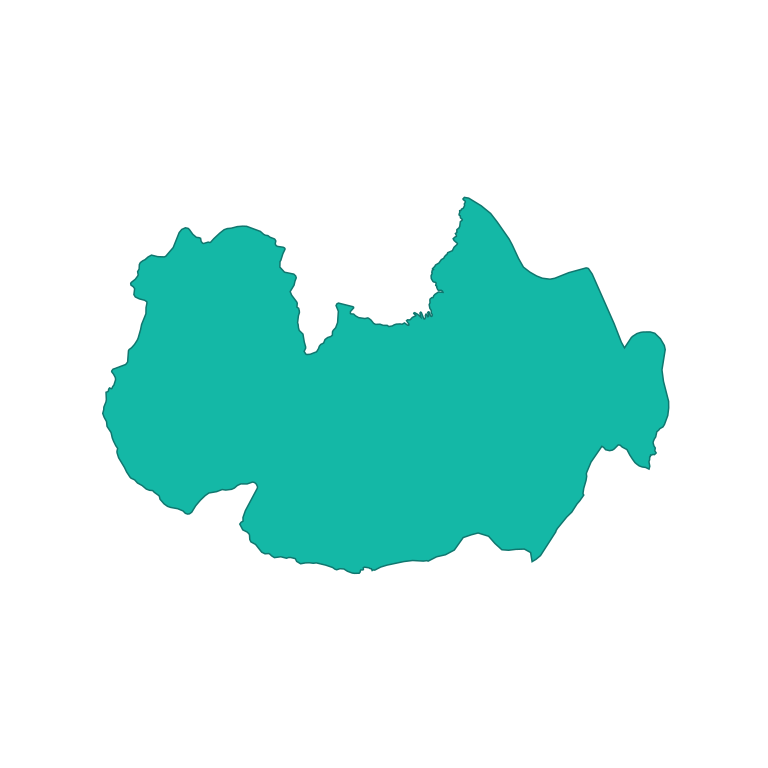 outline of Paksxong, Champasak, Laos, rotated 157°
{"feature_id": "54806243B99884801714166", "entity_name": "Paksxong", "entity_type": "district", "adm_level": 2, "iso_a3": "LAO", "parent_name": "Laos", "parent_adm1": "Champasak", "projection": "orthographic", "projection_center": [106.383, 15.076], "detail": "fine", "context": "isolated", "style": "filled", "palette": "teal", "viewbox_px": 768, "rotation_deg": 157, "n_neighbors": 0, "source": "geoboundaries", "source_scale": "gbopen_adm2", "svg_char_len": 6171}
<svg xmlns="http://www.w3.org/2000/svg" viewBox="0 0 768 768"><g transform="rotate(157 384 384)"><path d="M148.6,349.5L149.4,403.9L150.7,410.4L151.5,411.2L152.6,411.9L170.5,414.3L185.4,414.6L190.2,415.6L196.9,419.5L201.3,423.8L206.0,430.0L210.0,437.1L211.1,446.9L211.6,462.0L212.2,468.6L216.5,489.0L219.2,499.3L224.9,510.1L233.4,522.0L237.1,524.4L239.0,523.5L239.0,522.8L237.8,520.5L238.1,519.6L239.7,518.4L240.1,516.7L242.4,514.8L244.3,514.7L245.5,513.7L246.6,514.0L247.3,512.3L248.6,510.9L248.8,510.0L248.1,509.0L248.7,507.1L247.7,505.0L248.1,504.2L250.3,503.6L252.7,499.5L254.0,498.4L256.6,497.6L257.8,495.0L259.5,494.6L259.3,492.7L259.7,491.6L261.5,491.5L263.6,490.7L263.4,488.7L261.5,484.7L262.0,484.0L266.1,482.5L269.0,480.0L274.0,480.0L275.7,478.5L276.6,478.5L278.5,477.6L279.9,476.4L282.6,476.1L286.2,473.9L290.1,473.4L291.3,472.4L294.2,471.2L293.8,470.0L295.0,470.0L296.4,468.1L296.3,467.2L298.4,465.2L299.3,462.5L298.9,459.3L298.3,458.4L296.8,457.4L296.6,456.5L297.9,454.5L297.2,453.4L297.7,452.3L297.7,449.8L297.2,448.9L294.8,448.0L293.9,446.8L293.9,445.3L298.0,447.4L302.1,446.6L303.7,445.8L305.1,444.4L306.2,444.8L308.2,444.3L308.9,443.5L309.9,440.8L311.4,439.4L312.2,435.9L311.8,433.0L312.7,431.1L312.5,428.7L313.4,427.7L314.1,427.7L314.5,428.4L314.4,432.0L314.5,432.9L315.0,433.1L315.9,432.7L315.9,430.4L316.7,428.8L317.4,428.8L317.6,431.7L318.1,431.9L319.1,431.0L319.7,429.2L321.0,428.0L321.5,428.1L321.9,428.6L321.7,435.1L322.1,435.8L323.2,435.3L324.0,431.0L325.8,435.0L327.9,437.7L328.7,437.7L329.1,437.3L327.9,434.7L328.0,434.4L331.9,434.2L334.5,433.0L335.5,433.0L337.3,433.9L338.5,433.5L337.7,429.6L338.0,428.6L338.6,428.5L339.2,428.8L341.3,432.2L344.0,431.9L345.7,433.0L349.3,434.3L351.5,434.5L353.7,434.2L357.1,435.0L358.1,436.7L361.8,438.3L364.3,440.6L368.5,442.2L369.9,444.0L371.0,448.0L372.5,450.6L373.2,451.2L376.0,451.7L381.4,455.0L383.6,457.9L384.6,460.2L387.2,461.6L387.4,462.1L386.6,463.8L382.2,465.9L382.0,466.6L382.4,467.3L394.3,476.3L396.0,476.2L397.5,474.9L397.6,468.8L402.7,458.7L406.5,454.7L409.8,453.2L411.0,452.2L412.5,449.1L414.4,448.5L417.7,448.8L420.9,448.0L423.6,445.3L426.8,445.1L428.8,444.0L430.4,442.2L433.5,440.0L440.3,440.2L443.5,441.3L444.2,441.9L444.8,445.2L442.1,447.6L441.6,448.9L441.0,453.7L439.1,461.6L441.1,466.4L440.8,469.0L439.8,472.3L439.6,474.2L436.1,480.3L434.0,482.7L433.4,484.3L433.0,487.0L434.1,488.8L432.3,492.3L432.3,493.7L434.3,501.8L434.3,505.7L428.2,510.1L425.8,513.4L423.3,516.0L423.1,518.0L424.1,520.4L431.9,525.8L434.2,532.3L431.9,537.3L430.7,538.1L426.2,543.4L422.7,546.5L422.3,547.0L422.4,548.1L423.4,549.3L428.3,552.3L429.2,553.5L429.4,554.8L429.2,555.8L427.7,557.9L427.9,559.8L428.3,560.5L431.6,563.7L432.9,566.0L435.1,567.3L436.3,568.8L438.2,572.8L448.8,582.8L452.4,584.5L457.5,586.2L463.7,587.1L467.5,588.3L470.9,588.5L476.1,587.1L483.8,584.3L488.3,582.2L488.9,582.2L490.4,583.3L495.1,583.8L496.0,584.5L496.6,586.7L495.9,589.8L497.1,591.0L499.4,592.3L501.5,596.5L502.8,602.3L503.5,603.8L505.8,605.4L509.8,605.3L513.4,603.4L524.7,592.0L534.9,586.9L536.5,586.8L542.5,589.6L547.7,593.5L551.6,593.1L555.5,591.8L557.8,591.7L560.8,591.0L562.5,589.6L564.5,585.5L566.9,583.7L567.6,580.6L568.3,579.8L572.0,577.6L576.8,576.3L577.8,575.7L578.3,573.9L576.8,571.5L576.3,569.2L579.3,564.0L578.9,561.3L575.9,557.9L571.6,554.6L570.2,552.4L570.6,551.1L573.2,547.3L575.7,541.7L583.9,533.5L586.8,529.2L592.3,522.4L594.1,520.7L598.2,517.9L602.2,516.0L605.2,515.3L606.2,514.5L611.4,504.4L614.2,502.9L627.7,503.5L629.4,502.5L629.9,501.7L629.1,498.6L628.8,494.7L629.5,492.7L633.0,488.6L634.8,487.6L636.2,486.2L636.8,486.2L638.2,487.6L639.5,486.8L640.4,485.3L641.3,484.9L643.1,485.0L645.7,478.1L646.9,476.2L650.9,472.2L652.0,469.9L654.4,466.8L654.6,462.7L654.1,457.8L655.5,453.2L654.2,446.0L655.2,440.5L655.3,437.0L655.0,431.8L654.3,428.9L656.1,426.4L656.6,425.0L657.1,419.8L655.5,408.4L655.3,403.6L654.2,397.5L653.7,396.2L651.0,393.2L649.6,389.2L646.3,385.0L643.9,380.2L641.4,377.8L638.6,376.3L637.8,374.1L634.9,369.3L634.7,368.3L635.2,365.4L633.3,359.6L631.1,356.0L628.7,353.8L622.6,349.8L618.6,345.7L617.4,342.6L615.6,341.0L613.8,340.5L611.1,341.1L604.9,345.5L598.6,348.7L592.3,351.1L587.8,352.1L580.1,350.3L574.2,350.1L571.1,348.2L565.4,346.6L562.3,346.7L558.6,347.9L554.8,348.0L549.1,345.5L543.3,345.1L541.8,344.0L541.1,342.8L540.6,341.5L540.6,338.8L541.3,337.6L561.1,321.6L566.0,316.2L567.3,312.9L569.7,312.5L571.5,311.4L571.0,304.9L567.9,301.3L566.9,299.0L566.8,297.6L568.3,293.3L568.2,290.7L564.9,286.5L562.3,277.0L559.9,274.2L556.4,273.0L555.7,272.3L554.6,269.7L552.7,267.0L546.5,265.3L541.8,261.7L539.7,261.6L537.6,260.7L533.9,257.9L533.7,254.8L531.0,251.1L526.1,250.0L522.5,248.6L519.1,246.6L516.2,245.8L508.5,240.1L503.0,235.2L501.5,232.7L500.1,231.5L496.7,231.2L493.2,229.4L490.8,225.9L487.1,222.4L485.1,221.2L480.7,219.5L479.5,220.2L478.4,221.7L478.0,221.9L476.3,221.2L475.5,221.2L474.8,223.0L473.6,223.1L469.7,220.7L468.8,219.4L467.8,218.9L467.8,216.9L466.7,217.1L465.2,216.3L458.6,216.8L452.0,216.1L435.1,212.8L426.7,210.4L416.9,205.6L413.7,204.7L412.5,203.7L403.1,204.4L394.1,202.8L384.1,203.7L371.1,211.7L362.6,211.1L355.6,210.1L347.2,203.0L344.2,193.9L340.3,185.4L334.3,182.3L327.3,180.3L319.3,177.2L314.9,171.6L317.1,162.6L312.6,163.2L307.0,164.9L283.6,180.8L282.9,181.8L280.8,183.3L267.7,190.2L261.2,192.7L253.3,198.1L249.1,200.2L243.5,203.7L243.7,205.1L243.3,206.0L240.9,209.9L235.7,216.3L233.5,219.8L232.8,222.4L231.9,223.5L224.0,231.2L207.8,241.5L206.5,239.6L205.7,236.9L202.4,234.5L199.6,233.9L197.6,234.2L192.2,236.4L190.5,235.4L189.4,232.9L186.0,228.7L185.5,222.6L184.6,217.5L183.7,213.6L182.7,211.6L181.1,208.9L178.7,206.7L175.8,205.0L173.3,202.1L171.5,204.4L170.5,208.9L169.1,210.5L167.9,213.1L167.2,213.1L166.3,214.5L165.5,214.0L164.1,214.1L162.6,213.3L160.4,214.2L160.8,216.7L159.3,219.1L159.7,221.5L159.3,224.7L158.6,225.8L156.7,227.7L154.6,229.1L151.5,233.5L149.3,234.1L147.6,235.1L144.0,235.5L141.6,237.2L135.1,244.1L131.3,250.7L128.8,256.8L125.7,277.2L122.6,288.4L111.7,305.8L110.9,310.0L111.9,317.7L114.9,324.9L118.6,327.9L124.9,330.5L127.4,331.2L131.5,331.6L136.6,330.7L138.2,330.1L148.5,323.3L149.2,329.7L148.6,349.5Z" fill="#14b8a6" stroke="#0f766e" stroke-width="1.5"/></g></svg>